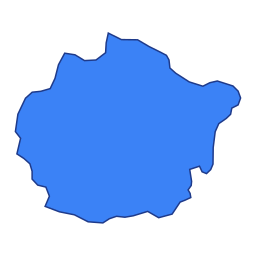 the border of San Juan
{"feature_id": "DOM-1393", "entity_name": "San Juan", "entity_type": "Province", "adm_level": 1, "iso_a3": "DOM", "parent_name": "Dominican Republic", "parent_adm1": "", "projection": "albers", "projection_center": [-71.244, 18.895], "detail": "fine", "context": "isolated", "style": "filled", "palette": "blue", "viewbox_px": 256, "rotation_deg": 0, "n_neighbors": 0, "source": "natural_earth", "source_scale": "10m", "svg_char_len": 952}
<svg xmlns="http://www.w3.org/2000/svg" viewBox="0 0 256 256"><path d="M84.5,60.6L96.0,60.0L105.6,52.7L106.2,42.8L108.3,33.1L121.4,39.6L137.6,39.8L149.0,46.5L161.4,52.7L166.4,55.3L169.0,60.0L169.9,68.0L175.7,73.2L189.2,81.9L202.9,86.2L209.9,82.7L217.3,81.0L225.2,83.5L233.0,86.0L238.1,91.1L240.6,98.0L238.1,104.9L231.8,108.1L230.6,114.3L226.3,118.4L218.8,123.6L215.2,131.7L213.2,147.6L213.0,164.1L210.7,169.6L206.5,173.6L202.1,171.8L199.5,166.2L189.7,169.4L191.6,181.4L191.2,185.5L188.1,189.9L190.1,193.4L190.8,197.5L185.0,200.2L180.1,202.1L172.1,214.1L158.7,217.7L147.7,211.4L133.2,215.8L124.9,217.2L116.5,216.3L109.4,218.7L102.9,222.9L88.1,221.8L74.4,214.8L59.4,211.8L45.1,206.4L49.4,196.2L45.9,187.1L37.7,185.1L32.1,179.1L32.1,171.2L29.9,163.8L23.8,158.4L16.9,153.9L20.6,138.3L15.4,131.6L17.9,114.2L25.5,98.2L32.2,92.2L40.8,91.3L50.2,88.6L55.0,78.4L58.5,64.7L64.7,53.2L75.0,54.8L84.5,60.6Z" fill="#3b82f6" stroke="#1e3a8a" stroke-width="1.5"/></svg>